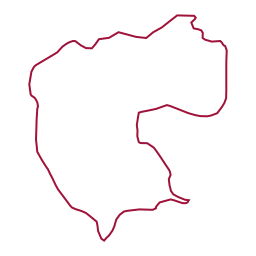 the district of Shibin al-Kum, Al Minufiyah, Egypt
{"feature_id": "37247803B46387157880741", "entity_name": "Shibin al-Kum", "entity_type": "district", "adm_level": 2, "iso_a3": "EGY", "parent_name": "Egypt", "parent_adm1": "Al Minufiyah", "projection": "orthographic", "projection_center": [31.014, 30.556], "detail": "fine", "context": "isolated", "style": "outline", "palette": "rose", "viewbox_px": 256, "rotation_deg": 0, "n_neighbors": 0, "source": "geoboundaries", "source_scale": "gbopen_adm2", "svg_char_len": 1772}
<svg xmlns="http://www.w3.org/2000/svg" viewBox="0 0 256 256"><path d="M202.6,37.9L202.8,32.9L201.2,30.3L199.6,29.8L198.7,29.4L193.7,28.4L191.3,22.5L194.8,19.2L195.7,17.6L194.9,16.7L194.1,15.8L177.2,15.4L172.0,19.4L161.7,27.5L153.1,32.3L150.4,34.6L146.2,38.0L136.1,36.9L118.5,32.2L109.1,37.8L98.9,39.2L95.4,44.2L91.9,48.3L86.0,48.1L81.1,45.5L76.2,41.8L75.3,41.1L72.8,41.0L68.5,42.6L65.9,44.2L62.5,46.6L57.2,52.4L35.8,65.2L34.0,66.9L33.1,68.5L31.4,71.8L29.3,84.4L30.0,89.5L30.7,94.5L31.7,95.8L34.4,97.6L34.8,98.1L35.0,98.3L35.3,98.6L37.3,102.3L38.0,106.5L37.3,108.7L36.6,119.9L36.4,127.5L36.2,134.2L36.0,139.2L37.3,151.9L42.1,160.4L45.4,165.6L47.0,168.0L47.8,169.0L50.2,174.1L52.5,178.4L55.7,185.2L58.1,189.5L67.8,202.4L69.9,205.3L71.9,207.5L76.0,209.3L79.4,210.3L81.9,211.2L86.0,213.0L89.3,215.6L96.7,221.7L97.5,225.9L98.1,231.0L101.3,238.6L104.1,240.6L106.4,237.9L109.0,235.5L112.5,230.5L114.3,226.4L116.2,219.7L119.7,214.8L124.0,211.5L126.1,211.1L127.4,210.8L139.3,209.4L146.0,209.6L152.7,209.8L155.9,208.3L156.2,206.5L159.7,202.4L170.7,199.4L174.1,200.3L182.4,203.1L185.8,203.2L187.5,202.4L188.8,200.2L185.1,199.8L178.4,197.1L173.4,194.4L171.0,191.0L169.5,185.0L168.8,179.1L170.6,175.0L169.9,171.6L169.1,169.9L166.7,166.4L161.1,157.9L157.0,151.9L153.8,147.6L147.2,143.2L142.1,143.1L140.4,143.0L138.8,142.1L138.4,140.5L137.3,136.2L137.5,130.3L136.8,125.2L137.8,118.5L138.8,112.7L141.4,111.9L149.0,110.4L155.1,109.1L155.5,109.0L155.8,109.0L162.6,106.6L166.9,105.1L170.2,106.0L188.5,113.2L195.2,115.1L200.3,116.1L207.0,116.3L211.2,115.5L217.2,113.2L221.6,107.4L222.8,105.5L224.2,103.3L226.1,98.3L226.3,90.7L226.3,62.2L226.6,53.7L226.7,50.4L225.2,46.1L223.5,45.2L221.9,42.7L220.3,41.0L211.8,41.6L205.1,39.7L202.6,37.9Z" fill="none" stroke="#9f1239" stroke-width="2"/></svg>